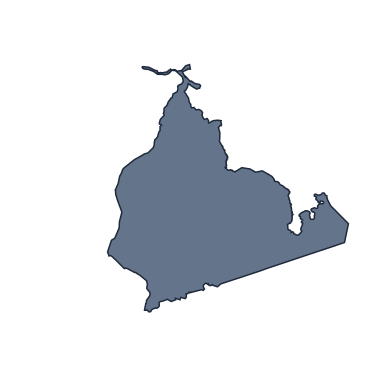 the district of Lizuma pag., Gulbene, Latvia, rotated 144°
{"feature_id": "27541924B17941209046703", "entity_name": "Lizuma pag.", "entity_type": "district", "adm_level": 2, "iso_a3": "LVA", "parent_name": "Latvia", "parent_adm1": "Gulbene", "projection": "albers", "projection_center": [26.315, 57.198], "detail": "fine", "context": "isolated", "style": "filled", "palette": "slate", "viewbox_px": 384, "rotation_deg": 144, "n_neighbors": 0, "source": "geoboundaries", "source_scale": "gbopen_adm2", "svg_char_len": 6096}
<svg xmlns="http://www.w3.org/2000/svg" viewBox="0 0 384 384"><g transform="rotate(144 192 192)"><path d="M296.7,189.0L296.1,189.0L295.4,188.6L294.9,187.6L294.5,186.4L294.0,183.5L293.8,182.9L291.8,169.9L289.7,168.8L285.6,160.4L285.2,160.5L284.5,159.3L284.4,158.8L284.5,158.4L283.1,155.4L280.9,146.7L282.0,144.5L282.1,143.8L284.9,141.0L285.3,140.3L285.3,138.0L285.1,137.2L285.2,135.8L285.6,134.3L287.4,132.8L292.4,131.1L294.4,129.0L295.0,128.9L299.9,124.3L299.0,123.5L298.1,123.1L297.5,122.5L297.3,122.3L297.6,121.0L297.2,120.2L295.7,119.5L293.6,120.5L292.6,120.4L290.1,119.7L288.5,118.6L286.8,118.5L285.3,119.2L283.8,121.7L283.1,122.0L282.2,122.0L278.8,120.6L276.5,120.1L275.6,119.6L275.0,119.7L273.2,115.6L268.5,114.4L267.8,115.7L265.1,111.9L264.7,112.3L262.9,113.2L260.1,109.7L258.3,110.4L256.6,113.0L256.4,112.7L255.4,112.3L253.6,112.6L252.6,112.1L253.0,111.8L241.3,107.2L240.9,105.8L238.9,106.2L238.5,109.0L237.4,109.9L235.0,110.3L234.2,109.9L233.8,109.3L233.8,108.3L232.8,108.3L233.1,106.5L232.5,105.7L231.7,105.3L230.1,105.1L230.2,104.6L227.2,100.4L222.6,100.7L183.6,88.2L176.5,86.2L98.3,61.5L84.1,74.4L87.9,99.4L86.9,106.2L85.4,109.6L85.2,109.7L85.5,110.0L86.0,111.3L86.0,111.9L85.6,112.6L85.6,113.1L86.0,113.8L87.1,114.5L87.5,114.5L88.3,114.1L89.1,114.1L90.9,114.7L92.1,115.6L92.9,117.1L93.6,117.9L94.7,117.9L95.4,116.7L94.4,114.9L94.8,114.3L95.7,113.8L96.0,113.2L96.1,112.8L95.5,111.6L95.6,110.8L96.0,109.3L95.5,108.8L94.5,108.6L94.5,108.8L94.1,109.0L93.1,109.0L91.8,107.6L91.5,106.8L91.5,106.5L92.7,105.6L93.2,105.6L93.7,105.9L94.7,107.1L96.3,107.5L98.6,106.9L99.6,105.4L100.0,105.2L101.1,105.6L102.3,107.4L103.2,107.5L104.9,108.1L105.8,108.0L106.1,107.7L106.3,107.0L106.3,105.1L105.0,103.8L105.0,103.1L106.0,101.5L107.2,100.8L107.9,99.4L108.5,98.8L109.2,98.6L110.5,98.9L111.8,100.1L112.0,100.5L111.3,102.3L110.7,104.2L109.5,104.9L108.6,105.9L108.5,106.3L108.6,106.8L109.3,108.4L111.2,110.2L113.1,110.3L115.5,110.9L118.3,110.6L119.1,110.2L119.4,109.4L118.8,108.5L119.5,107.2L119.8,107.0L119.9,106.3L119.1,105.1L119.2,104.1L120.8,103.7L121.2,103.3L121.4,102.9L120.8,102.0L120.8,101.5L125.8,98.1L126.2,97.3L126.2,96.0L126.6,95.6L128.9,94.9L131.3,94.7L132.8,95.9L134.1,98.6L133.6,99.7L133.8,100.3L134.3,100.8L135.5,100.9L134.9,102.3L134.9,102.6L135.2,103.5L136.1,104.8L136.2,105.2L136.1,105.8L134.1,108.9L133.9,109.6L132.2,109.5L131.2,109.1L131.0,109.4L130.4,109.1L130.1,109.5L128.7,109.6L127.9,110.3L127.9,110.5L127.6,110.6L127.5,111.0L127.1,111.1L127.0,111.6L126.7,111.7L125.3,113.2L125.3,113.7L124.2,114.2L124.4,114.4L124.1,114.5L124.0,114.9L123.8,114.8L123.9,115.1L123.8,115.7L123.5,115.7L123.5,116.1L123.2,116.1L123.2,116.4L123.1,117.0L122.8,117.0L122.8,117.4L122.5,117.5L122.7,118.0L122.6,118.5L121.8,119.2L120.6,121.4L120.5,122.7L119.0,123.4L118.9,123.7L119.3,124.8L119.1,124.9L119.4,125.3L117.8,127.9L117.8,129.0L117.0,130.2L116.5,132.4L115.1,133.5L114.5,133.4L113.4,133.9L113.4,134.4L112.8,134.7L113.0,135.4L112.7,136.5L112.8,136.5L112.8,137.4L112.9,137.8L113.2,137.7L113.3,138.4L113.5,138.5L113.6,139.2L114.0,139.7L114.0,140.1L114.3,140.4L114.4,141.6L114.8,141.8L114.7,142.4L115.0,143.9L116.4,145.9L116.2,148.8L116.3,149.2L116.9,150.2L118.9,152.2L118.2,153.7L118.1,154.7L118.2,157.6L119.5,160.6L119.6,161.3L119.8,161.3L122.7,167.8L128.9,170.6L131.5,176.5L137.4,182.4L143.6,182.9L144.0,183.1L145.4,182.9L145.9,183.8L146.0,184.2L146.7,184.8L146.8,185.1L146.6,185.6L146.8,186.2L147.5,186.4L147.5,186.9L147.6,187.2L147.9,187.5L149.0,187.6L150.1,188.6L150.3,189.0L150.5,191.0L150.8,191.3L150.9,191.8L150.4,191.6L150.3,191.8L150.0,191.8L150.3,192.2L150.2,192.5L149.8,192.4L149.8,192.7L149.4,192.8L149.3,193.0L148.9,193.1L148.9,192.9L148.2,193.3L148.4,193.7L147.3,195.3L147.4,195.5L147.0,196.1L146.5,196.4L146.6,196.8L146.3,197.0L145.9,196.8L145.7,196.9L145.9,197.1L144.9,197.9L143.9,197.9L143.9,198.4L143.4,198.8L143.0,198.8L143.0,199.1L142.6,199.3L142.7,199.8L142.4,200.1L142.6,200.4L142.3,200.7L142.5,200.8L142.4,201.2L142.6,201.5L142.4,201.6L142.5,201.8L142.3,202.2L141.9,202.5L142.4,203.4L141.7,205.7L141.0,206.3L141.2,206.6L141.0,206.9L141.3,207.2L141.1,208.5L141.3,209.4L140.5,210.4L140.8,210.6L140.3,211.6L140.5,212.5L140.0,216.8L137.3,220.0L134.6,223.6L132.7,228.6L130.2,229.2L129.2,228.5L128.4,229.4L127.3,232.0L126.5,232.6L128.9,234.9L132.4,237.0L134.6,237.6L137.1,237.6L138.0,238.2L136.6,240.1L136.6,242.6L139.4,243.4L139.4,244.5L139.2,246.8L138.8,248.1L136.7,250.2L136.7,251.9L137.1,253.1L137.8,254.6L140.5,256.2L140.7,259.3L142.8,260.2L142.6,261.8L142.2,262.9L141.5,263.5L141.5,266.0L139.5,270.5L139.6,271.6L139.2,275.7L139.4,276.7L139.2,277.6L138.7,278.2L137.6,277.9L134.4,279.3L131.4,281.8L129.4,276.2L127.7,272.4L126.6,272.4L124.8,271.5L122.5,273.1L122.8,274.7L125.9,278.1L127.4,282.3L128.5,282.4L129.2,289.2L130.0,288.8L129.2,294.9L123.9,293.8L123.4,294.1L121.1,292.4L119.1,296.5L122.8,297.8L129.0,296.4L132.9,298.4L133.3,298.7L133.5,300.3L133.9,300.9L134.8,301.7L136.0,302.2L136.8,302.8L137.2,303.6L137.1,304.7L137.4,303.6L137.9,303.8L138.8,303.7L139.5,304.2L140.7,303.8L141.2,303.4L142.3,304.3L143.1,304.5L146.4,306.2L146.9,306.9L148.7,307.9L149.5,308.6L149.4,309.3L148.9,309.9L148.9,310.5L150.5,312.3L153.5,318.2L158.0,322.3L158.5,322.5L158.9,322.3L159.1,321.7L159.1,320.9L158.7,320.1L157.8,319.1L155.2,316.8L152.0,311.7L150.7,307.5L147.1,304.8L144.9,302.6L141.3,301.5L136.6,302.2L134.0,299.8L132.2,290.7L134.1,286.5L137.0,285.6L140.5,286.3L141.6,285.8L142.3,284.2L145.0,281.8L149.6,282.5L152.5,280.1L154.3,280.3L155.0,279.7L157.1,279.3L158.0,278.9L159.7,278.0L159.8,277.6L161.7,276.7L165.3,276.2L167.8,273.1L168.9,272.5L169.2,270.7L169.8,270.3L174.8,269.4L178.0,267.0L178.3,265.8L177.4,264.9L177.4,263.9L179.4,263.7L181.8,260.4L183.4,260.1L183.9,259.5L185.2,258.8L187.1,257.0L190.5,256.1L191.2,256.2L193.3,254.3L195.4,251.8L197.5,250.6L204.8,249.5L207.5,250.6L209.6,251.0L210.3,250.9L219.4,252.0L233.3,251.4L234.9,250.9L238.3,248.6L241.2,247.3L246.8,242.2L253.0,238.6L252.9,238.4L255.2,234.7L257.2,228.8L260.4,217.4L261.3,216.3L268.2,210.6L272.0,205.8L281.6,200.0L285.5,200.3L295.6,193.1L296.7,189.0Z" fill="#64748b" stroke="#1e293b" stroke-width="1.5"/></g></svg>